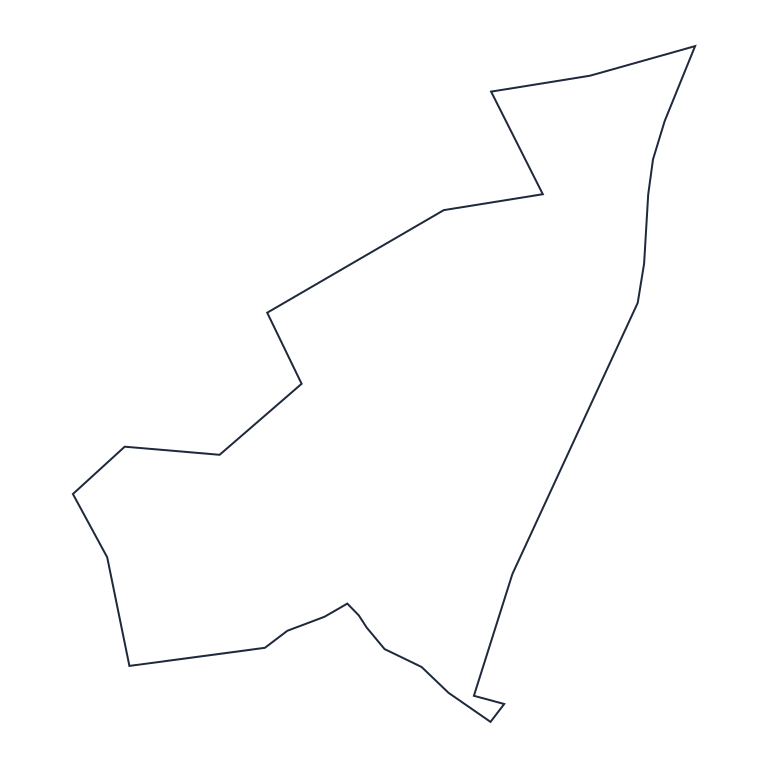 SVG path tracing the border of Baltinavas
{"feature_id": "LVA-5743", "entity_name": "Baltinavas", "entity_type": "Municipality", "adm_level": 1, "iso_a3": "LVA", "parent_name": "Latvia", "parent_adm1": "", "projection": "albers", "projection_center": [27.602, 56.934], "detail": "fine", "context": "isolated", "style": "outline", "palette": "slate", "viewbox_px": 768, "rotation_deg": 0, "n_neighbors": 0, "source": "natural_earth", "source_scale": "10m", "svg_char_len": 494}
<svg xmlns="http://www.w3.org/2000/svg" viewBox="0 0 768 768"><path d="M695.1,46.1L664.7,121.0L653.0,159.4L648.2,194.5L644.1,263.7L637.7,302.9L512.4,574.0L473.9,695.8L504.2,704.0L490.5,721.9L448.5,692.8L421.6,667.0L384.6,649.1L366.7,627.6L358.8,615.4L347.3,603.6L324.6,616.7L287.3,630.8L264.9,647.8L129.4,665.9L107.2,557.3L72.9,494.0L124.7,446.7L219.6,454.8L301.6,383.8L267.2,312.7L443.8,210.1L542.8,194.2L491.1,91.6L590.0,75.7L695.1,46.1Z" fill="none" stroke="#1e293b" stroke-width="2"/></svg>